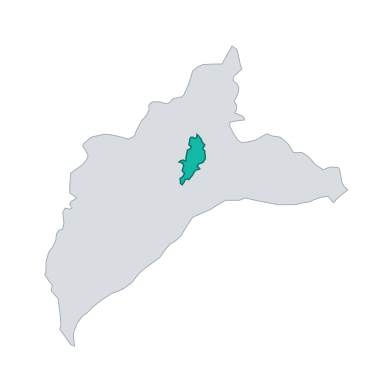 Ialoveni on a map of Moldova (Natural Earth projection), rotated 264°
{"feature_id": "MDA-1640", "entity_name": "Ialoveni", "entity_type": "District", "adm_level": 1, "iso_a3": "MDA", "parent_name": "Moldova", "parent_adm1": "", "projection": "natural_earth1", "projection_center": [28.789, 46.926], "detail": "fine", "context": "in_parent", "style": "filled", "palette": "teal", "viewbox_px": 384, "rotation_deg": 264, "n_neighbors": 0, "source": "natural_earth", "source_scale": "10m", "svg_char_len": 2680}
<svg xmlns="http://www.w3.org/2000/svg" viewBox="0 0 384 384"><g transform="rotate(264 192 192)"><path d="M51.0,59.1L52.8,55.6L69.4,46.2L73.6,47.7L82.2,48.1L99.8,47.8L108.5,41.5L113.9,43.3L118.3,40.5L125.5,36.9L126.6,37.7L127.5,38.2L138.7,39.8L147.1,43.2L152.8,48.4L158.6,51.6L164.6,52.9L167.9,55.5L168.5,59.4L174.2,61.4L184.7,61.3L189.2,63.9L187.6,69.2L188.7,70.9L192.4,69.1L195.3,70.7L196.8,74.5L198.5,76.4L203.9,70.3L209.6,70.9L223.4,73.4L230.7,86.1L235.3,90.6L239.3,92.5L244.4,90.5L248.9,88.1L251.5,89.3L257.1,97.6L258.4,108.6L258.4,113.0L256.4,120.5L253.6,128.4L251.4,133.6L252.3,137.8L254.4,141.2L257.6,142.4L268.4,149.4L272.4,154.3L278.2,157.9L282.6,158.1L284.9,160.1L285.7,162.6L285.1,168.9L282.7,174.8L283.0,178.6L286.9,183.0L287.4,188.2L287.6,191.6L289.7,194.2L299.6,199.9L312.3,205.4L315.6,210.2L317.6,216.2L317.0,226.3L316.2,235.2L333.0,247.1L331.1,249.3L328.5,251.7L312.6,253.5L309.3,254.5L302.4,245.5L298.7,244.4L295.3,247.7L291.3,249.5L286.5,248.6L281.3,245.9L278.7,243.9L276.6,243.7L273.4,245.6L269.0,244.8L266.2,242.6L262.2,250.2L259.7,251.8L258.2,251.5L257.8,238.6L256.6,236.7L253.4,236.4L245.6,239.5L238.2,243.4L235.8,246.9L236.0,253.3L237.1,260.9L242.1,272.4L239.4,277.4L237.4,285.4L229.5,292.7L220.5,297.0L219.7,305.7L214.7,311.7L206.2,317.7L200.4,324.9L201.9,329.8L202.2,334.5L201.3,337.7L201.0,340.1L198.8,341.2L185.7,342.1L182.0,343.6L177.7,347.1L173.7,340.5L169.6,334.8L166.6,331.8L167.9,330.4L171.2,328.8L173.5,326.8L173.3,320.0L171.5,312.2L170.0,308.5L169.8,302.5L168.7,293.3L170.4,276.3L176.9,254.8L180.6,244.2L178.8,238.3L180.2,224.7L177.4,218.0L173.0,209.2L166.8,190.1L159.0,183.5L149.3,176.2L145.2,170.6L142.4,164.6L136.7,158.6L130.1,153.0L122.3,139.2L118.2,133.0L117.0,131.3L108.0,122.4L103.3,114.4L101.0,107.9L99.7,101.8L93.4,89.8L87.7,80.8L82.3,74.4L79.9,69.8L73.5,64.1L64.5,59.5L58.6,58.8L51.0,59.1Z" fill="#d9dde1" stroke="#a8b0b8" stroke-width="1"/><path d="M214.2,202.1L213.7,200.8L213.7,199.3L213.3,197.8L212.4,196.9L208.4,193.9L204.7,190.2L205.3,188.6L205.5,186.8L202.8,185.2L200.2,182.9L201.0,182.2L201.7,181.4L204.3,181.6L206.6,181.5L208.6,184.9L211.6,186.6L212.7,185.4L214.1,184.5L216.1,185.2L218.1,186.3L221.4,186.2L223.2,182.4L224.4,184.2L224.6,187.0L223.9,188.0L223.6,189.1L224.9,189.6L226.3,189.5L234.2,191.9L235.3,195.2L237.6,196.1L238.3,194.8L239.2,193.9L241.0,194.3L242.9,195.0L244.9,195.4L246.5,196.6L246.3,198.6L245.0,200.0L245.6,202.2L248.7,203.1L246.3,204.9L243.7,206.6L241.4,207.1L239.3,208.0L237.8,209.5L237.2,209.5L236.7,209.2L234.1,207.2L232.7,207.9L231.4,209.0L229.4,208.8L227.5,208.9L223.9,208.8L220.3,206.0L219.3,201.7L217.0,199.6L215.7,201.2L214.2,202.1Z" fill="#14b8a6" stroke="#0f766e" stroke-width="1.5"/></g></svg>